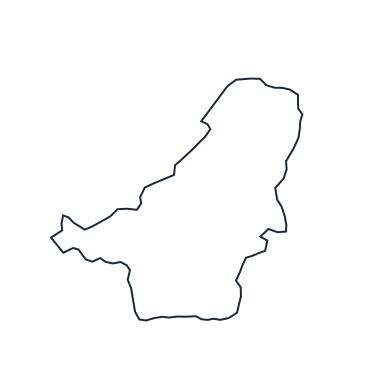 outline of Laurentino, Santa Catarina, Brazil, rotated 29°
{"feature_id": "56859067B62662309079841", "entity_name": "Laurentino", "entity_type": "district", "adm_level": 2, "iso_a3": "BRA", "parent_name": "Brazil", "parent_adm1": "Santa Catarina", "projection": "equal_earth", "projection_center": [-49.737, -27.204], "detail": "fine", "context": "isolated", "style": "outline", "palette": "slate", "viewbox_px": 384, "rotation_deg": 29, "n_neighbors": 0, "source": "geoboundaries", "source_scale": "gbopen_adm2", "svg_char_len": 1344}
<svg xmlns="http://www.w3.org/2000/svg" viewBox="0 0 384 384"><g transform="rotate(29 192 192)"><path d="M278.7,290.1L285.2,284.5L289.9,275.7L287.6,267.8L285.5,259.7L280.8,251.7L273.5,248.2L272.7,238.2L271.6,231.4L271.1,223.3L275.4,218.9L280.0,213.1L284.5,208.0L281.4,197.9L273.5,197.9L276.7,187.3L286.3,185.7L293.4,181.0L290.4,174.9L285.0,168.4L277.4,161.3L270.2,157.4L262.9,148.2L265.6,135.6L263.8,126.3L259.3,119.5L259.8,104.9L258.8,92.8L255.6,84.4L252.3,77.5L250.9,70.5L244.6,67.7L240.8,61.6L237.7,55.6L227.6,55.0L220.4,57.2L213.8,60.7L205.3,62.6L196.6,60.0L187.7,64.7L181.6,68.8L176.1,72.4L171.7,82.3L165.8,125.6L172.9,125.2L177.6,128.2L176.7,137.3L174.8,143.5L172.1,153.3L169.3,162.1L166.7,170.1L164.2,176.8L168.0,185.8L154.1,203.3L148.6,211.0L149.1,221.5L153.1,226.6L152.5,234.3L143.5,238.0L135.3,243.1L132.3,252.9L127.0,261.7L121.7,270.1L116.5,276.9L110.2,276.6L103.1,276.2L96.3,274.0L90.6,275.0L93.3,283.1L97.1,288.5L90.8,300.2L108.9,307.5L115.1,298.7L120.6,297.3L126.6,300.2L131.7,302.4L138.6,301.3L143.7,294.3L150.3,295.0L157.3,292.9L163.6,287.8L170.5,287.8L175.6,290.4L178.3,299.9L185.7,306.0L193.3,315.6L200.2,324.3L207.8,329.0L214.1,326.6L220.1,320.6L226.4,315.6L232.9,312.9L239.9,307.8L244.9,305.3L250.3,302.1L255.8,298.7L262.0,298.7L267.8,296.2L272.1,292.5L278.7,290.1Z" fill="none" stroke="#1e293b" stroke-width="2"/></g></svg>